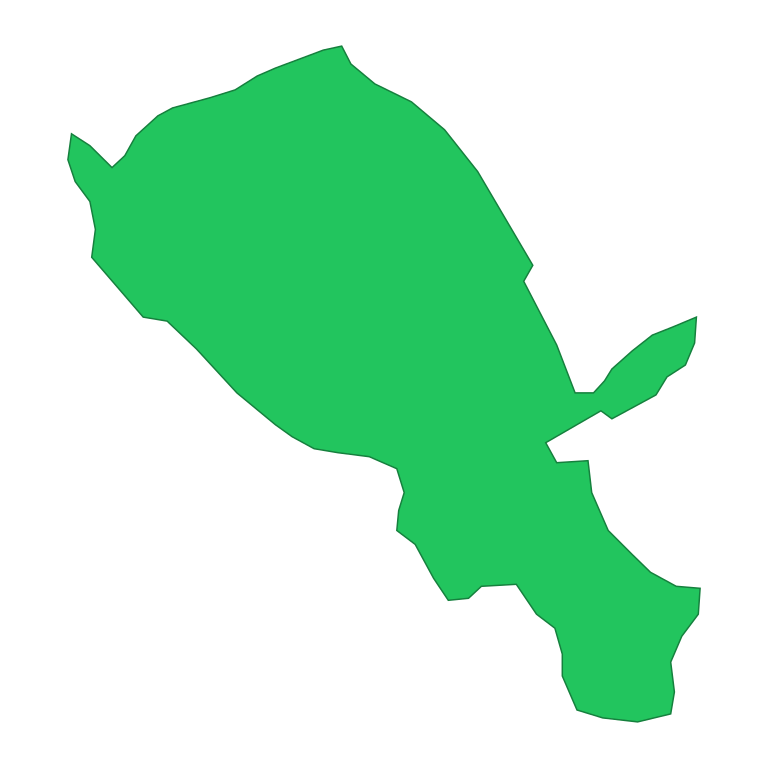 outline of Yeongdo-gu, South Korea
{"feature_id": "91817680B63526671374694", "entity_name": "Yeongdo-gu", "entity_type": "district", "adm_level": 2, "iso_a3": "KOR", "parent_name": "South Korea", "parent_adm1": "", "projection": "equal_earth", "projection_center": [129.069, 35.076], "detail": "fine", "context": "isolated", "style": "filled", "palette": "green", "viewbox_px": 768, "rotation_deg": 0, "n_neighbors": 0, "source": "geoboundaries", "source_scale": "gbopen_adm2", "svg_char_len": 1089}
<svg xmlns="http://www.w3.org/2000/svg" viewBox="0 0 768 768"><path d="M236.9,392.9L275.5,424.8L292.1,436.7L314.1,448.7L338.0,452.7L369.3,456.7L396.8,468.7L404.2,492.6L398.7,510.5L396.8,530.5L415.2,544.4L433.6,578.3L448.3,600.3L468.5,598.3L481.4,586.3L516.3,584.3L536.5,614.2L554.9,628.2L562.3,654.1L562.3,676.0L577.0,710.0L602.7,717.9L637.6,721.9L670.7,713.9L674.4,692.0L670.7,662.1L681.8,636.2L698.3,614.2L700.1,588.3L676.2,586.3L650.5,572.3L632.1,554.4L608.2,530.5L591.7,492.6L588.0,460.7L556.7,462.7L545.7,442.7L600.9,410.8L611.9,418.8L656.0,394.9L667.0,376.9L685.4,365.0L694.6,343.0L696.4,317.1L672.5,327.1L652.3,335.1L632.1,351.0L611.9,369.0L604.5,380.9L593.5,392.9L575.1,392.9L556.7,345.0L523.7,281.3L532.8,265.3L477.7,171.6L444.6,129.8L411.5,101.9L374.8,83.9L350.9,64.0L341.7,46.1L323.3,50.1L275.6,68.0L257.2,76.0L235.1,89.9L209.4,97.9L172.6,107.9L157.9,115.8L135.9,135.8L124.8,155.7L112.0,167.6L89.9,145.7L71.5,133.8L67.9,159.7L75.2,181.6L89.9,201.5L95.4,229.4L91.7,257.3L143.2,317.1L167.1,321.1L196.5,349.0L236.9,392.9Z" fill="#22c55e" stroke="#15803d" stroke-width="1.5"/></svg>